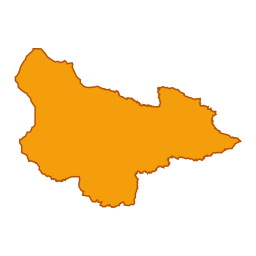 Dan Chang, Suphan Buri, Thailand
{"feature_id": "78962969B17842271183719", "entity_name": "Dan Chang", "entity_type": "district", "adm_level": 2, "iso_a3": "THA", "parent_name": "Thailand", "parent_adm1": "Suphan Buri", "projection": "albers", "projection_center": [99.604, 14.892], "detail": "fine", "context": "isolated", "style": "filled", "palette": "amber", "viewbox_px": 256, "rotation_deg": 0, "n_neighbors": 0, "source": "geoboundaries", "source_scale": "gbopen_adm2", "svg_char_len": 5830}
<svg xmlns="http://www.w3.org/2000/svg" viewBox="0 0 256 256"><path d="M18.1,83.7L18.3,87.3L22.1,90.6L25.2,92.8L26.9,93.4L27.5,94.9L30.6,98.3L31.1,101.2L35.2,107.2L35.0,124.9L34.1,126.5L32.2,127.3L30.5,131.6L29.8,132.0L27.3,132.2L25.3,136.6L23.0,137.5L21.7,139.3L20.9,139.6L19.8,139.5L19.9,143.2L21.6,145.6L21.8,152.7L26.8,155.1L28.9,161.3L30.2,161.2L31.0,160.6L33.3,161.8L36.0,162.5L35.8,163.1L36.6,163.3L37.4,164.0L38.7,166.1L39.5,166.7L39.1,169.3L39.7,170.3L40.6,170.7L41.9,173.3L42.5,173.8L44.6,174.1L46.9,176.5L47.7,175.9L48.4,175.8L49.2,176.4L49.7,176.3L50.7,177.2L51.0,177.0L51.2,178.6L51.9,179.3L52.8,178.7L53.3,179.3L53.6,178.9L54.0,179.2L54.9,179.0L56.0,179.6L55.7,180.5L56.5,180.5L56.5,181.2L57.3,181.1L57.7,181.5L58.7,180.7L59.8,180.7L60.6,180.9L60.5,181.4L60.9,181.5L61.4,180.8L62.4,181.2L62.8,180.8L62.5,180.1L62.8,179.6L64.7,180.2L64.4,179.7L65.0,179.8L65.8,179.1L65.9,178.6L66.8,179.1L67.5,178.4L71.7,176.7L79.2,176.7L79.6,178.2L79.6,180.2L79.0,182.7L78.9,185.8L79.6,187.8L81.5,190.7L83.7,191.4L83.1,192.5L82.6,195.2L89.5,196.3L91.6,200.7L92.5,201.6L94.2,201.8L94.4,201.4L95.8,201.9L97.5,199.4L97.4,200.5L98.4,201.8L98.3,202.3L99.5,202.5L101.7,201.9L100.1,205.2L101.8,205.8L102.8,206.8L104.3,206.5L105.2,206.8L107.2,205.3L108.7,205.9L108.7,204.9L109.5,204.8L110.0,204.9L110.7,206.4L111.8,207.2L112.7,206.8L113.2,207.3L115.2,206.9L117.5,205.4L119.2,205.6L119.7,203.9L120.7,203.4L121.0,202.7L121.9,202.7L123.3,201.9L124.5,204.3L124.4,205.0L128.8,205.6L131.1,204.4L133.5,204.6L134.5,202.8L134.1,199.1L135.2,197.8L135.6,192.8L136.3,191.6L136.7,189.3L137.7,188.5L137.3,187.6L137.7,186.6L137.1,185.8L137.6,182.9L137.2,182.5L137.4,181.9L137.1,181.6L138.1,179.3L137.3,178.9L137.4,178.3L137.0,178.2L136.2,177.6L136.1,176.5L135.6,176.1L135.9,175.7L135.6,175.9L135.1,175.3L135.6,173.8L136.0,173.9L135.9,173.5L136.7,173.5L136.6,172.7L137.2,172.6L137.7,171.2L138.0,171.6L138.3,171.4L139.7,171.8L139.8,172.9L140.9,173.3L141.9,172.8L142.7,173.0L142.8,172.2L143.5,171.6L145.0,171.2L146.1,171.8L146.0,172.3L146.8,172.4L147.3,173.1L147.3,172.8L148.0,172.9L148.6,172.5L149.0,172.8L149.2,172.2L150.1,172.4L150.0,172.8L151.0,172.9L151.5,172.7L152.5,171.2L154.2,171.5L155.6,170.6L155.6,170.2L156.3,170.1L156.1,168.9L158.5,166.9L158.6,166.3L159.3,166.6L160.7,166.3L162.1,167.3L163.2,167.0L163.8,167.6L164.2,165.9L167.0,166.1L168.2,165.9L168.5,164.9L169.1,164.6L168.4,164.0L169.1,163.2L169.6,163.3L169.7,162.8L168.3,161.0L168.5,159.9L167.8,159.8L168.4,158.9L168.1,158.6L168.7,158.5L169.8,157.3L172.0,157.6L171.7,157.1L172.0,156.2L174.2,157.0L177.3,158.9L178.2,159.0L178.4,157.7L180.2,157.2L180.8,157.4L181.2,157.0L186.1,158.7L186.9,158.6L187.7,157.8L190.0,159.1L191.8,158.8L194.3,160.7L194.9,160.6L195.8,159.3L196.1,160.1L196.9,160.6L198.8,159.2L201.1,159.5L201.4,160.1L202.0,160.3L203.0,159.3L203.1,158.3L204.4,158.5L204.6,157.9L204.2,156.6L205.4,156.3L206.3,155.5L207.3,155.3L207.2,156.2L207.6,156.4L209.1,155.7L210.7,155.9L211.5,155.2L211.4,154.5L212.1,154.3L213.3,152.8L214.3,152.7L215.7,153.1L216.9,152.4L217.4,152.7L219.1,152.7L219.5,152.3L221.2,152.8L222.5,152.2L222.6,151.3L224.5,150.5L224.6,149.9L225.3,149.9L225.1,149.0L226.7,149.5L228.3,148.6L232.0,148.6L232.4,147.4L233.6,146.3L235.1,143.9L236.7,142.9L240.6,141.4L239.6,140.1L238.8,140.2L238.0,138.4L234.4,137.6L233.9,138.2L232.8,137.1L231.4,137.7L228.7,135.2L220.0,132.9L220.0,131.4L219.1,131.3L219.2,130.7L217.5,130.3L215.8,128.4L215.7,128.7L214.9,128.5L215.0,127.4L213.9,126.0L213.8,125.1L212.4,124.5L212.7,122.0L212.1,122.1L212.2,121.2L212.4,120.6L212.9,120.9L212.9,120.4L212.2,120.4L211.6,119.8L212.8,116.9L213.1,115.2L214.1,115.5L216.0,114.4L215.5,114.0L215.2,112.5L215.9,111.9L215.6,111.5L213.1,111.4L211.5,110.6L211.2,109.6L210.9,109.7L210.9,108.4L210.1,108.7L210.1,109.3L207.7,109.1L208.3,106.6L206.5,106.8L206.4,106.4L205.2,105.9L203.8,106.2L203.6,105.5L200.7,105.9L200.0,104.8L200.5,103.6L199.7,103.0L200.1,101.7L200.2,98.5L195.5,99.0L195.2,99.5L193.4,99.0L191.3,98.0L189.3,97.6L185.0,95.9L184.1,95.3L184.3,94.1L182.4,92.8L181.3,92.7L178.7,90.7L178.7,90.2L177.5,90.0L177.6,89.5L175.8,89.6L172.7,87.7L171.8,88.2L171.0,87.9L169.9,88.4L168.7,88.4L167.1,87.4L166.3,87.8L164.8,87.6L163.6,86.8L162.6,86.8L162.3,87.4L160.4,87.5L160.4,87.8L158.4,87.6L157.8,88.1L157.7,88.7L158.3,89.2L159.1,88.2L159.7,89.6L159.0,90.3L158.3,90.2L157.8,91.4L158.0,92.6L159.3,93.9L158.9,94.6L159.5,94.8L158.8,95.4L158.6,96.3L159.1,97.3L158.5,97.8L159.7,99.3L160.0,100.7L159.7,101.3L160.5,102.1L159.9,105.0L159.3,105.3L159.5,106.6L154.2,107.0L153.3,106.3L151.8,106.7L151.1,105.9L150.5,106.4L150.8,105.8L150.1,105.5L149.6,105.8L149.3,105.6L149.5,106.0L148.9,106.1L148.7,105.7L148.2,105.9L147.4,105.3L146.7,105.6L146.7,106.0L146.1,106.1L145.8,105.4L145.1,105.4L145.3,105.0L143.5,104.7L143.3,105.0L142.9,104.7L142.7,105.7L142.0,105.9L141.7,105.4L140.1,105.2L139.7,104.9L139.9,104.5L139.4,104.6L139.2,103.4L139.5,103.3L139.2,102.8L138.7,103.0L137.3,101.5L136.9,102.4L136.6,101.6L136.2,101.8L134.8,101.0L134.6,100.2L133.6,100.4L133.2,99.6L132.8,99.7L132.4,98.7L131.5,98.6L131.5,98.3L129.6,98.4L128.8,97.9L127.7,98.3L127.3,98.9L126.9,98.2L126.7,98.7L125.6,98.9L122.3,96.7L122.0,97.0L120.2,96.2L118.9,94.9L119.1,94.2L118.6,93.9L118.8,93.1L118.1,91.9L117.4,91.8L117.5,91.2L116.9,90.9L116.1,90.9L115.2,91.8L114.2,91.5L114.2,91.8L112.9,91.2L110.5,90.9L110.3,90.2L109.3,89.3L108.5,89.7L106.4,89.7L105.4,89.5L105.0,88.9L104.6,89.2L103.1,88.6L102.1,88.7L100.9,88.0L100.9,87.7L100.0,87.8L99.1,86.9L97.3,86.3L93.9,87.1L88.5,87.5L86.1,87.3L83.9,86.4L80.3,82.9L80.2,79.6L79.1,79.0L76.4,76.4L72.2,67.1L72.6,65.9L72.5,63.4L72.1,62.9L67.0,63.7L66.3,61.9L64.5,60.6L63.2,61.8L59.8,62.6L58.2,61.3L55.4,61.9L53.8,61.3L47.5,56.9L44.7,52.9L41.1,48.9L33.2,48.7L33.0,50.5L26.4,56.5L25.5,59.4L23.6,61.7L20.6,66.9L19.5,70.7L17.7,75.0L15.4,77.1L15.4,80.8L18.1,83.7Z" fill="#f59e0b" stroke="#b45309" stroke-width="1.5"/></svg>